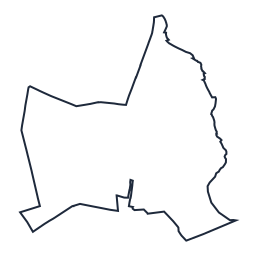 Valdemārpils, Talsi, Latvia (Equal Earth projection)
{"feature_id": "27541924B46742916089705", "entity_name": "Valdemārpils", "entity_type": "district", "adm_level": 2, "iso_a3": "LVA", "parent_name": "Latvia", "parent_adm1": "Talsi", "projection": "equal_earth", "projection_center": [22.597, 57.372], "detail": "fine", "context": "isolated", "style": "outline", "palette": "slate", "viewbox_px": 256, "rotation_deg": 0, "n_neighbors": 0, "source": "geoboundaries", "source_scale": "gbopen_adm2", "svg_char_len": 4209}
<svg xmlns="http://www.w3.org/2000/svg" viewBox="0 0 256 256"><path d="M129.5,202.3L128.9,206.2L132.8,207.0L132.5,207.4L132.7,208.7L134.5,210.1L143.8,209.5L147.6,213.3L147.7,213.7L164.1,211.6L173.2,221.2L178.0,227.0L178.4,227.7L178.6,231.2L180.8,234.6L181.7,235.8L186.2,240.6L186.4,240.6L186.7,240.5L187.1,240.3L203.1,234.2L235.9,220.4L233.3,220.0L230.0,220.2L218.9,212.5L211.3,202.6L207.9,191.6L207.6,186.2L209.7,182.5L215.1,176.7L216.2,173.3L217.2,172.6L218.8,171.6L219.8,169.7L221.1,168.1L222.8,167.2L224.9,164.2L225.9,162.4L226.0,159.1L225.0,157.7L224.6,156.5L225.4,154.8L226.4,154.0L226.4,151.8L225.9,150.3L223.9,148.4L223.2,147.6L222.9,146.7L221.5,143.6L220.3,141.7L221.5,140.1L221.3,139.9L220.2,138.7L217.1,136.6L216.3,135.0L216.3,134.0L216.8,133.8L216.4,133.2L216.7,132.8L216.7,131.5L216.0,130.5L215.5,129.1L214.8,126.7L214.5,125.6L214.4,123.7L214.5,122.6L214.3,120.9L213.9,119.6L213.0,117.0L212.5,116.5L212.3,116.0L212.0,115.4L211.7,114.5L211.2,114.2L211.3,113.6L212.0,111.4L212.2,110.6L213.5,109.4L215.0,106.4L215.3,104.6L215.5,103.6L215.9,100.0L216.0,99.3L215.9,98.5L215.3,97.2L212.1,97.4L209.7,93.0L209.2,91.7L208.3,90.2L207.5,88.7L206.7,87.1L206.0,85.5L205.4,83.8L204.6,82.1L203.9,80.5L202.7,79.9L204.8,78.9L204.6,78.5L204.5,78.4L204.6,78.1L204.7,77.6L204.8,77.4L204.8,77.1L204.8,76.9L204.7,76.8L204.6,76.7L204.4,76.5L204.3,76.4L204.2,76.3L204.2,76.2L204.1,75.9L204.0,75.6L204.0,75.4L203.9,75.3L203.9,75.2L203.8,74.8L203.8,74.7L203.8,74.4L203.7,74.2L203.7,73.9L203.7,73.7L203.7,73.4L204.2,73.3L204.3,73.3L204.6,73.3L204.9,73.2L203.5,71.7L203.2,71.3L202.6,71.2L201.5,69.1L201.3,68.8L201.5,68.3L201.1,66.6L201.3,64.6L200.4,62.8L198.6,62.1L198.0,62.0L197.8,61.6L197.4,61.1L197.2,60.9L196.9,61.0L194.7,59.7L192.6,58.4L193.9,58.1L192.7,55.3L190.1,53.2L185.9,51.9L182.2,50.0L178.6,48.4L175.0,46.6L173.5,45.8L172.1,45.0L170.6,44.1L169.1,43.3L168.4,42.6L167.7,42.0L167.1,41.4L166.5,40.7L168.7,39.8L168.6,39.7L168.3,39.3L167.9,39.0L167.6,38.6L167.3,38.2L167.0,37.9L166.8,37.5L166.7,37.1L166.5,36.7L166.4,36.2L166.3,35.8L166.2,35.4L166.1,35.0L166.0,34.6L166.0,34.2L166.0,33.8L166.0,33.4L166.1,32.9L166.1,32.7L164.1,32.4L165.6,29.2L166.8,26.4L166.8,26.0L166.8,25.6L166.8,25.1L166.7,24.8L166.7,24.6L166.6,24.4L166.4,23.6L166.3,23.2L166.2,22.8L166.1,22.4L165.9,22.0L165.8,21.6L165.7,21.2L165.6,20.9L165.4,20.5L165.2,20.1L165.1,19.7L164.9,19.3L164.7,18.9L164.5,18.6L164.3,18.2L164.0,17.8L163.6,17.1L163.3,16.7L163.1,16.4L162.7,16.1L162.4,15.8L162.0,15.5L161.8,15.4L154.1,17.3L154.1,17.5L154.1,18.1L154.1,18.4L154.0,18.7L154.0,19.1L154.0,19.4L154.0,19.7L154.0,20.1L154.0,20.4L154.0,20.7L154.0,21.0L153.9,21.4L153.9,21.7L153.9,22.0L153.9,22.3L153.8,22.7L153.8,23.0L153.7,23.3L153.7,23.6L153.6,24.0L153.6,24.3L153.5,24.6L153.5,24.9L153.4,25.3L153.4,25.6L153.3,25.9L153.3,26.2L153.2,26.5L153.2,26.9L153.1,27.2L153.0,27.8L152.9,28.4L152.7,29.7L152.5,30.9L152.4,31.3L152.3,31.7L152.3,32.1L152.2,32.6L152.1,33.0L152.0,33.4L151.9,33.8L151.7,34.2L151.6,34.6L151.5,35.0L151.3,35.4L151.2,35.8L151.0,36.2L150.9,36.6L150.7,37.0L150.6,37.4L150.4,37.9L150.3,38.3L150.1,38.7L150.0,39.1L149.8,39.5L149.7,39.9L149.5,40.3L149.4,40.7L149.2,41.1L149.1,41.5L148.9,41.9L148.8,42.3L148.6,42.7L148.5,43.1L148.4,43.5L140.4,65.1L140.6,65.2L136.1,77.4L135.9,77.3L132.4,86.8L132.1,87.7L129.0,95.6L127.4,100.4L126.0,104.9L123.1,104.7L118.5,104.2L114.2,103.5L100.9,102.2L99.1,102.3L98.2,102.4L98.1,102.2L89.9,104.0L89.7,104.0L85.6,104.7L76.3,106.2L71.8,104.3L51.4,96.2L49.8,95.5L43.4,92.6L39.5,90.8L37.9,90.0L30.1,86.3L28.6,87.3L28.2,89.2L27.4,94.3L25.4,105.3L25.0,108.2L24.9,109.2L24.6,111.3L22.1,125.3L21.4,130.3L26.0,148.4L26.1,148.7L27.4,154.0L27.7,155.3L28.0,156.4L31.8,171.7L31.8,171.9L37.6,196.9L37.7,197.5L39.9,206.1L20.1,212.3L20.7,213.1L21.4,214.1L25.8,220.1L27.2,222.0L32.9,231.8L40.1,226.9L44.5,223.9L46.1,222.9L48.5,221.4L48.9,221.1L53.3,218.6L72.4,206.1L73.4,206.1L73.4,205.9L74.8,205.5L80.0,203.9L92.7,206.4L99.5,207.7L110.2,209.8L118.0,210.9L116.6,195.4L116.9,195.4L120.2,196.4L124.2,197.6L128.0,197.7L129.4,190.2L129.6,190.2L129.9,188.0L130.4,184.8L130.2,182.1L130.5,179.9L132.8,180.7L132.5,183.0L132.3,185.5L131.6,190.8L131.0,195.7L130.6,197.8L130.4,197.8L129.5,202.3Z" fill="none" stroke="#1e293b" stroke-width="2"/></svg>